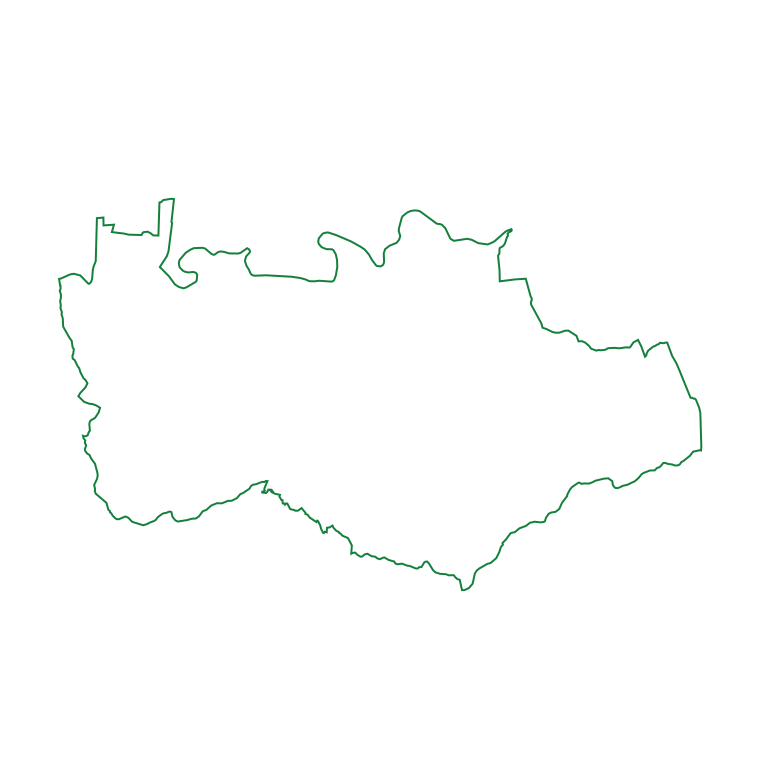 the district of Vladimir, Gorj, Romania, rotated 81°
{"feature_id": "2599482B64472006817342", "entity_name": "Vladimir", "entity_type": "district", "adm_level": 2, "iso_a3": "ROU", "parent_name": "Romania", "parent_adm1": "Gorj", "projection": "equal_earth", "projection_center": [23.559, 44.818], "detail": "fine", "context": "isolated", "style": "outline", "palette": "green", "viewbox_px": 768, "rotation_deg": 81, "n_neighbors": 0, "source": "geoboundaries", "source_scale": "gbopen_adm2", "svg_char_len": 6147}
<svg xmlns="http://www.w3.org/2000/svg" viewBox="0 0 768 768"><g transform="rotate(81 384 384)"><path d="M473.7,547.1L470.4,543.3L469.5,540.0L466.4,533.3L464.0,531.4L463.0,529.4L463.0,526.3L461.6,519.6L462.1,517.4L461.3,516.0L461.7,514.3L467.8,518.1L469.5,518.8L470.6,518.4L471.4,519.3L471.2,521.0L472.1,521.3L473.2,517.6L472.3,516.2L470.2,514.7L470.9,511.6L472.6,510.8L472.5,512.2L473.5,511.5L475.3,508.9L477.2,504.1L478.8,504.9L482.3,503.6L482.8,502.4L485.6,502.8L486.4,502.3L486.5,500.9L487.7,500.6L486.8,499.4L486.9,498.2L492.9,496.2L494.4,492.4L495.2,491.6L495.7,489.0L493.7,484.8L499.0,481.7L500.0,482.0L501.2,479.9L504.4,478.2L509.8,472.3L508.5,471.3L509.1,470.6L514.1,469.0L516.9,468.9L521.4,467.5L521.7,466.4L520.7,465.7L521.5,463.8L517.1,462.8L517.1,460.2L515.8,457.0L518.0,456.4L521.4,454.2L523.3,451.6L524.2,451.5L524.8,450.5L527.4,448.7L530.5,443.7L538.4,441.0L546.5,442.9L545.9,441.2L546.0,438.8L548.4,437.1L550.9,434.3L550.9,432.4L549.3,429.8L549.1,426.9L552.1,423.2L553.3,419.5L555.0,418.2L556.4,415.6L555.4,412.0L555.4,410.7L558.6,406.8L561.0,401.6L562.4,401.2L563.7,400.0L564.2,398.5L564.3,394.2L567.2,389.2L567.7,387.1L571.3,381.2L571.4,379.3L570.5,378.2L570.6,375.6L566.4,372.0L566.0,370.9L566.1,369.2L567.8,367.9L575.7,364.6L578.1,362.6L580.2,358.5L581.6,352.5L583.1,349.9L583.7,345.2L584.2,344.6L585.5,344.2L588.1,342.1L589.3,339.8L599.8,339.2L600.2,336.8L598.7,331.9L595.1,327.7L585.4,323.9L582.8,321.6L581.1,318.7L577.8,310.0L577.5,306.7L573.6,300.4L568.0,296.4L563.4,294.1L561.3,291.7L559.6,291.9L556.5,287.7L551.6,282.8L551.0,281.7L550.8,278.0L547.7,272.7L546.4,266.1L543.9,261.5L543.6,256.6L545.2,251.0L545.2,247.8L544.7,246.5L541.5,245.0L537.9,241.6L537.1,238.9L537.1,234.6L534.9,230.5L529.1,226.7L523.5,220.8L521.5,220.0L517.1,216.6L515.2,214.4L511.9,207.5L512.0,206.5L513.5,204.6L513.5,201.9L514.4,197.3L513.7,193.4L512.6,190.5L511.9,181.8L512.2,177.3L515.7,173.7L519.4,173.8L521.6,172.8L522.8,171.8L523.4,169.6L522.7,166.1L522.0,164.7L521.6,159.4L519.3,151.5L516.7,147.3L513.6,143.9L512.5,141.7L511.0,134.7L511.7,130.2L509.6,127.4L509.4,125.4L508.4,123.6L505.7,120.5L506.0,118.2L507.2,116.5L508.6,111.9L510.1,109.2L510.3,105.9L509.6,104.4L507.6,102.5L506.9,100.3L502.7,93.0L499.2,89.3L498.8,82.4L499.3,81.3L495.7,80.4L462.2,76.1L456.8,76.4L448.2,78.4L447.0,79.4L446.8,80.7L445.8,81.8L445.7,83.2L445.1,83.5L416.2,90.2L408.8,92.1L401.4,95.0L387.4,97.8L387.1,99.6L387.5,101.2L386.5,105.1L387.7,106.5L387.9,108.6L388.7,109.7L389.3,112.5L392.5,118.0L395.3,120.0L396.9,120.5L397.9,121.9L387.1,124.0L380.2,126.2L381.9,131.1L385.9,134.9L386.4,136.1L385.7,139.0L385.5,146.2L384.3,150.9L383.7,157.1L384.8,160.0L384.6,164.8L383.9,167.2L384.3,169.0L381.5,173.9L378.3,175.6L374.5,178.9L372.7,181.8L372.3,185.2L366.6,186.3L360.1,193.5L359.7,196.8L360.7,202.5L360.3,206.1L359.1,209.3L355.1,215.0L353.2,218.6L348.8,219.1L328.4,226.3L326.0,226.1L324.7,225.1L322.7,224.7L320.1,225.5L302.2,227.5L301.2,238.4L300.7,253.6L289.7,252.1L275.2,251.3L273.1,249.6L268.3,248.7L267.8,248.4L266.4,244.8L264.2,242.6L258.2,239.6L256.9,238.3L255.0,238.5L253.8,237.2L253.0,234.4L251.8,233.7L251.0,234.0L251.8,238.2L252.7,240.5L259.9,251.8L260.9,253.9L262.4,259.7L259.6,268.9L255.3,274.8L253.6,279.1L253.5,292.6L250.9,295.7L239.6,299.1L236.1,301.6L235.0,303.2L233.9,306.8L219.6,320.9L218.4,322.6L217.3,326.6L217.3,330.4L218.2,334.1L221.2,339.4L222.9,340.6L232.8,345.0L235.3,345.5L240.5,344.8L243.8,346.5L246.5,349.4L248.3,356.9L251.0,361.8L254.9,363.8L263.4,364.8L265.2,365.6L266.6,366.8L267.3,369.2L266.3,372.5L265.3,373.5L259.0,376.7L253.8,378.6L248.2,382.0L245.1,385.3L238.0,394.3L229.6,407.7L226.0,414.6L225.5,416.0L225.5,418.8L225.9,421.0L229.9,425.6L233.0,426.7L235.4,426.5L238.7,424.5L240.0,422.9L241.9,419.4L242.8,414.3L244.2,412.9L248.5,411.3L254.3,411.0L261.0,411.8L269.1,414.5L273.7,417.1L274.5,418.4L274.6,420.2L271.9,431.7L271.7,436.6L270.8,441.6L268.5,445.1L266.2,450.1L263.6,458.5L258.2,483.4L256.8,494.9L255.9,497.1L254.2,498.4L249.5,499.7L245.8,501.3L240.7,502.1L236.5,500.3L233.2,496.2L232.2,495.6L230.2,496.0L228.5,497.9L232.0,505.1L232.3,507.8L230.8,516.4L228.3,521.7L227.5,525.0L227.8,527.4L229.7,531.0L229.7,532.2L228.6,534.0L222.1,539.6L221.0,542.3L220.1,550.7L221.2,554.6L223.3,559.2L229.3,566.3L230.6,567.1L232.8,567.8L236.8,567.6L240.5,565.0L241.8,563.4L243.2,560.0L243.5,555.1L244.1,553.4L245.0,552.2L246.8,551.4L252.4,552.8L253.7,554.0L257.7,564.2L258.1,567.1L256.2,571.2L253.0,574.9L244.0,579.5L233.4,587.1L223.8,578.5L219.3,576.1L191.8,568.1L190.8,568.6L168.5,562.5L167.8,565.0L167.8,573.3L169.5,575.7L169.6,577.4L202.1,583.6L201.1,588.7L198.4,591.1L196.6,593.7L196.4,597.5L196.9,598.6L198.9,600.2L196.6,612.7L194.7,617.4L191.4,629.0L184.4,625.8L183.5,636.2L175.7,635.1L175.3,641.6L217.6,649.5L222.3,652.3L225.6,653.7L234.9,655.9L237.7,657.7L238.8,659.2L238.8,660.2L229.3,667.0L226.6,673.1L226.7,677.1L229.2,686.2L229.4,688.5L236.1,688.5L236.2,688.1L239.9,688.7L241.2,689.7L245.0,689.1L248.2,689.6L251.4,690.9L255.7,690.9L258.5,691.7L262.6,690.9L264.8,691.6L268.9,691.0L277.2,691.9L289.0,687.5L292.5,685.7L299.2,685.8L301.1,684.9L305.5,686.2L307.3,687.3L310.3,687.5L311.9,685.8L318.7,683.7L320.7,682.6L324.9,682.0L331.3,679.9L333.3,678.2L336.9,676.8L340.5,679.3L345.5,685.5L348.3,687.8L354.8,682.9L357.5,677.9L358.2,675.1L359.9,672.0L363.0,668.2L367.2,670.1L372.3,674.7L374.1,679.3L375.0,680.3L377.3,681.3L384.1,681.8L385.6,683.3L388.3,684.7L388.9,686.5L388.7,688.4L388.1,689.4L390.7,689.2L393.1,687.9L395.3,688.7L398.0,687.8L401.4,689.5L403.3,689.6L406.2,688.1L408.1,685.9L411.4,685.1L417.7,681.9L426.6,681.0L429.7,681.1L432.9,682.3L438.4,686.1L442.2,685.8L444.9,686.4L447.3,685.8L458.0,676.7L465.1,675.9L466.9,674.5L467.8,674.7L469.2,673.5L471.6,672.6L474.8,670.2L475.8,668.8L476.1,666.8L474.5,660.9L474.6,659.6L476.2,657.4L480.8,654.2L485.8,644.0L485.3,639.7L484.4,637.7L483.3,632.3L482.3,630.4L480.2,628.3L478.2,624.6L477.2,622.0L477.3,619.7L476.4,615.7L477.3,614.0L481.8,613.7L484.9,612.2L486.4,611.0L487.6,609.1L487.6,599.5L487.0,595.1L487.4,590.8L485.8,587.5L481.4,583.0L480.4,578.9L477.0,573.6L475.6,567.7L476.5,562.8L475.0,556.3L475.5,552.7L473.7,547.1Z" fill="none" stroke="#15803d" stroke-width="2"/></g></svg>